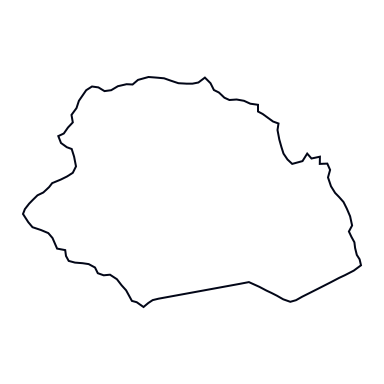 outline of Tremembé, São Paulo, Brazil
{"feature_id": "56859067B32139697780828", "entity_name": "Tremembé", "entity_type": "district", "adm_level": 2, "iso_a3": "BRA", "parent_name": "Brazil", "parent_adm1": "São Paulo", "projection": "albers", "projection_center": [-45.606, -22.938], "detail": "fine", "context": "isolated", "style": "outline", "palette": "ink", "viewbox_px": 384, "rotation_deg": 0, "n_neighbors": 0, "source": "geoboundaries", "source_scale": "gbopen_adm2", "svg_char_len": 1575}
<svg xmlns="http://www.w3.org/2000/svg" viewBox="0 0 384 384"><path d="M23.0,214.0L28.3,222.2L32.5,227.2L40.9,230.0L48.3,233.1L52.5,238.0L57.1,248.6L65.2,250.1L66.0,256.0L68.7,260.9L75.0,262.6L82.6,263.2L88.7,264.1L95.0,267.5L97.8,273.2L103.7,275.3L110.0,274.7L116.9,279.2L121.6,285.3L126.1,290.3L129.5,296.5L131.9,300.9L136.7,302.2L143.5,307.0L148.3,303.0L152.7,300.1L158.5,298.7L239.5,283.9L248.9,282.1L259.5,286.9L266.3,290.5L271.6,293.0L277.1,295.8L283.2,299.3L290.3,301.8L296.0,300.2L302.2,296.7L309.0,293.3L318.5,288.5L330.7,282.3L339.1,277.9L344.9,275.2L353.8,270.6L361.0,265.3L359.6,259.3L356.8,254.9L355.1,248.0L354.4,242.3L351.4,236.8L348.9,231.5L352.1,225.5L350.1,216.3L346.8,208.6L343.5,202.0L338.9,196.8L335.1,192.9L331.0,186.3L328.0,177.4L330.1,169.9L327.3,163.6L319.8,163.9L319.9,156.7L311.5,158.5L307.2,153.6L302.5,161.1L292.2,163.9L287.5,159.5L283.5,153.6L281.4,147.0L279.3,139.5L277.5,130.0L278.5,123.5L273.0,121.5L268.2,118.0L262.7,114.0L258.0,111.5L258.0,104.8L250.3,103.7L244.0,100.8L236.6,99.5L229.4,100.0L224.4,97.7L218.9,92.5L213.9,90.0L210.5,83.2L204.9,77.6L198.4,82.5L192.3,83.7L187.3,83.7L178.4,83.2L170.3,80.5L164.1,78.3L156.4,77.6L148.5,77.0L138.0,79.9L132.6,84.5L126.6,84.2L117.9,86.2L111.2,90.2L104.5,91.1L98.4,87.4L92.0,86.5L86.2,90.2L78.9,100.8L76.5,108.1L71.5,114.9L72.8,122.4L68.0,127.5L63.8,133.5L58.3,136.1L61.0,143.0L66.8,147.2L71.7,149.0L74.1,156.7L76.0,166.4L72.8,172.8L67.0,176.5L60.7,179.6L52.2,183.1L49.1,187.1L43.3,192.5L37.5,195.3L33.0,199.7L29.1,203.7L24.9,209.1L23.0,214.0Z" fill="none" stroke="#020617" stroke-width="2"/></svg>